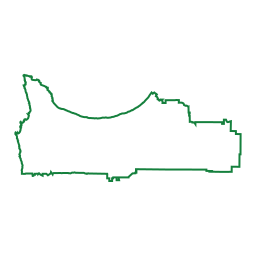 the district of Busselton, Western Australia, Australia
{"feature_id": "25037944B46798430259876", "entity_name": "Busselton", "entity_type": "district", "adm_level": 2, "iso_a3": "AUS", "parent_name": "Australia", "parent_adm1": "Western Australia", "projection": "albers", "projection_center": [115.148, -33.685], "detail": "fine", "context": "isolated", "style": "outline", "palette": "green", "viewbox_px": 256, "rotation_deg": 0, "n_neighbors": 0, "source": "geoboundaries", "source_scale": "gbopen_adm2", "svg_char_len": 5489}
<svg xmlns="http://www.w3.org/2000/svg" viewBox="0 0 256 256"><path d="M210.4,171.7L223.8,171.9L231.7,171.8L231.7,166.7L239.4,166.8L239.5,154.3L240.5,154.3L240.6,134.1L235.9,134.0L235.9,131.1L230.7,131.0L230.9,121.2L229.7,121.5L228.7,122.0L227.5,122.1L226.8,121.6L226.0,119.7L223.9,119.7L223.9,123.9L222.1,123.9L222.1,122.2L195.4,122.1L195.4,124.2L194.8,123.3L193.9,122.6L193.5,122.4L192.5,122.5L192.5,122.1L192.0,121.9L190.4,121.7L189.8,121.8L189.7,115.6L189.1,115.6L189.1,113.2L189.7,113.2L189.7,112.5L188.6,112.5L188.5,106.7L188.3,106.8L187.0,105.8L186.5,105.6L185.9,105.8L185.3,105.7L184.7,105.2L184.1,105.1L183.9,104.5L183.7,104.1L183.6,103.6L183.3,103.3L182.5,103.0L182.3,102.8L181.3,102.7L181.2,102.6L178.8,102.7L178.9,100.1L176.4,100.0L174.7,100.2L165.6,100.2L165.6,103.0L162.5,103.0L162.6,101.5L162.5,101.2L162.3,101.1L162.3,100.7L162.1,100.5L162.3,100.3L162.1,99.8L162.3,99.6L161.5,99.6L161.1,99.9L160.7,99.6L159.9,100.3L159.8,100.5L159.6,100.6L159.3,100.3L159.0,100.3L158.9,100.1L158.9,99.8L158.6,99.7L158.4,99.2L158.1,99.2L158.1,99.4L157.9,99.4L157.6,99.3L157.6,97.8L157.1,97.0L155.9,96.2L156.5,95.1L156.3,94.9L156.8,94.4L156.5,94.1L155.8,93.6L155.4,93.5L154.3,92.5L153.3,93.1L152.8,93.7L151.6,92.5L149.7,95.1L148.3,97.4L145.2,100.6L144.2,101.9L142.9,103.0L142.7,102.9L141.6,104.1L141.1,104.4L139.9,105.5L138.2,106.6L137.8,107.1L136.4,107.6L135.3,108.4L135.1,108.4L132.5,110.2L132.0,110.1L129.5,111.5L128.2,111.7L127.1,112.5L126.4,112.8L124.2,113.4L122.0,113.5L120.8,114.0L120.1,114.1L118.6,115.0L116.9,115.8L115.6,116.0L113.6,116.8L111.9,117.0L110.6,117.5L107.9,117.8L106.8,117.7L105.9,117.4L104.7,117.7L102.7,117.6L100.3,118.2L97.5,118.5L96.3,118.2L94.3,118.4L93.9,118.2L92.9,118.2L90.0,118.0L89.3,118.1L87.3,117.6L86.9,117.1L84.1,117.1L81.5,116.5L79.8,115.9L79.0,115.3L76.8,114.4L75.8,113.8L74.7,113.6L73.3,113.0L73.0,113.1L70.9,112.3L69.4,111.5L68.4,111.3L66.8,110.5L66.2,110.4L65.6,109.9L64.7,109.7L63.9,109.2L62.9,109.0L61.1,108.9L60.7,108.5L59.4,108.3L57.6,107.2L53.7,103.0L53.3,102.2L52.3,101.0L52.3,100.8L52.8,100.4L52.5,99.7L52.7,99.2L52.6,98.7L52.2,98.3L52.4,97.5L51.6,96.4L51.8,95.5L51.5,94.7L51.7,94.3L51.5,93.9L51.3,93.9L51.4,93.6L51.2,93.4L49.6,92.5L49.7,91.7L49.0,91.4L48.8,90.8L48.4,90.6L47.4,89.9L47.4,89.6L47.8,88.9L47.8,88.2L47.6,88.3L46.9,88.1L46.5,87.7L46.7,87.2L46.2,86.8L45.7,86.9L44.8,86.2L41.0,84.8L40.6,84.1L40.7,83.7L40.5,83.4L40.6,83.0L40.7,82.9L40.4,82.6L39.4,82.1L38.9,81.4L39.2,80.6L39.0,80.4L38.6,80.5L38.4,80.0L38.1,79.8L37.0,79.6L37.0,79.9L35.3,80.2L32.7,79.9L31.9,79.6L31.6,78.9L31.6,78.3L31.8,77.6L31.5,77.6L31.3,77.3L31.6,76.8L31.5,76.4L31.0,76.2L30.7,76.5L29.9,76.7L29.5,76.2L28.4,76.1L27.4,75.6L26.9,75.7L26.3,75.3L26.1,75.3L26.0,75.6L25.7,75.5L24.8,75.0L24.4,75.3L24.0,75.2L23.9,75.1L23.5,75.4L23.5,75.7L24.0,75.9L23.9,76.2L24.4,77.0L24.5,77.8L24.8,79.6L24.6,80.0L25.0,80.4L25.0,81.3L25.5,82.0L25.4,82.7L25.7,82.7L25.6,83.2L25.7,84.1L25.6,84.4L25.4,84.4L25.2,84.8L24.5,84.9L24.1,85.5L23.7,85.5L23.8,85.8L24.2,85.7L24.0,86.0L24.5,86.7L24.4,87.9L24.9,88.2L25.0,88.8L25.2,89.3L25.4,89.6L25.6,91.3L26.1,92.8L26.4,92.9L26.8,94.3L27.0,94.7L26.9,95.4L27.3,96.8L27.5,98.5L27.9,99.0L28.1,100.0L28.5,100.8L28.5,101.1L29.2,102.2L29.2,102.8L29.0,103.1L29.4,103.4L29.3,103.7L29.5,105.0L29.7,105.3L29.6,105.5L29.8,105.8L30.1,107.4L29.9,107.8L30.1,108.5L30.3,108.6L30.6,110.3L30.3,111.4L29.7,112.0L29.4,112.7L28.7,112.9L28.7,113.3L28.8,113.4L28.6,113.8L28.8,113.9L28.6,114.2L28.7,114.5L28.6,114.4L28.5,114.7L28.2,114.6L28.9,115.7L28.1,118.3L27.2,119.2L26.4,119.8L25.8,119.7L25.3,119.2L24.5,119.4L24.1,120.1L24.3,120.3L24.1,120.5L24.1,121.0L23.7,121.0L23.5,121.4L23.5,122.0L23.3,122.0L23.2,122.3L22.8,122.7L22.1,123.0L21.1,122.7L21.1,124.3L21.5,124.4L21.6,125.1L21.4,125.7L21.1,125.9L20.6,125.8L20.2,126.4L20.2,126.7L20.5,126.8L20.4,127.1L20.8,127.3L20.5,127.6L20.8,128.0L20.7,128.1L20.7,128.7L20.6,128.8L20.5,130.2L20.3,130.4L20.2,131.1L19.9,131.9L18.9,133.1L17.8,133.6L17.5,133.5L17.4,133.0L17.2,133.3L16.5,133.0L16.2,132.7L15.8,132.6L15.6,132.4L15.5,132.5L15.4,133.2L15.5,133.3L15.4,133.8L15.4,134.1L16.0,134.6L16.2,135.2L16.6,135.5L16.8,136.0L17.0,136.9L16.9,138.3L17.5,139.0L17.5,139.5L17.8,140.0L17.8,140.7L18.0,140.9L17.8,141.1L19.1,145.1L19.4,146.0L19.1,146.3L19.1,146.7L19.4,147.7L19.3,148.5L19.8,149.2L20.1,149.4L20.1,149.9L20.5,150.8L20.4,151.1L20.5,151.4L20.2,151.8L20.3,152.5L19.7,153.4L19.6,154.1L19.4,154.5L20.0,155.4L19.5,156.5L20.0,156.8L20.2,158.1L20.7,158.7L20.8,160.0L21.6,161.6L21.8,162.5L21.7,163.0L22.6,165.3L22.3,166.6L22.4,166.9L22.4,168.0L21.7,170.1L21.7,170.5L22.0,171.1L21.9,171.8L21.9,173.8L25.1,173.9L25.9,173.5L32.3,173.5L32.7,175.9L33.3,175.8L33.2,174.8L34.8,174.8L34.8,173.8L38.3,173.7L38.3,174.0L39.0,173.3L40.5,174.7L42.6,175.7L42.6,173.8L46.4,173.8L47.9,175.3L50.7,173.4L51.0,172.1L52.6,174.4L52.8,173.7L53.5,173.1L60.7,173.0L61.8,173.2L62.7,173.0L68.2,173.0L68.5,173.2L69.0,173.2L69.3,173.2L69.8,173.3L70.7,173.3L72.1,172.6L73.5,172.7L74.6,172.4L75.7,172.8L84.0,172.9L85.2,173.5L86.6,173.5L86.8,173.8L87.5,173.7L88.1,173.3L88.9,173.5L107.2,173.8L107.3,174.2L107.2,174.7L107.2,178.3L109.3,178.3L109.3,181.0L112.1,181.0L112.1,178.3L113.0,178.3L113.0,177.7L113.1,177.4L116.6,177.4L116.6,180.2L119.1,180.2L118.5,177.4L128.5,177.4L128.5,177.0L132.5,173.4L135.3,173.3L135.3,172.7L136.4,172.7L136.4,171.0L136.0,171.0L136.0,169.2L165.1,169.5L206.4,169.6L206.4,170.9L211.1,171.0L210.4,171.7ZM20.8,122.2L20.6,123.0L20.9,123.1L20.9,122.1L20.7,121.8L20.5,122.0L20.8,122.2Z" fill="none" stroke="#15803d" stroke-width="2"/></svg>